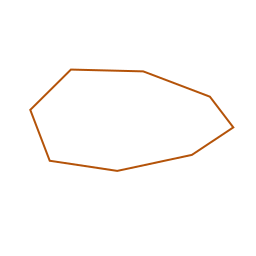 outline of Pitcairn Islands, rotated 292°
{"feature_id": "PCN", "entity_name": "Pitcairn Islands", "entity_type": "country or territory", "adm_level": 0, "iso_a3": "PCN", "parent_name": "Oceania", "parent_adm1": "", "projection": "orthographic", "projection_center": [-128.313, -24.368], "detail": "fine", "context": "isolated", "style": "outline", "palette": "amber", "viewbox_px": 256, "rotation_deg": 292, "n_neighbors": 0, "source": "natural_earth", "source_scale": "50m", "svg_char_len": 269}
<svg xmlns="http://www.w3.org/2000/svg" viewBox="0 0 256 256"><g transform="rotate(292 128 128)"><path d="M187.7,192.2L168.0,225.4L127.0,197.3L84.2,134.1L68.3,67.7L108.2,30.6L160.8,53.2L186.2,120.9L187.7,192.2Z" fill="none" stroke="#b45309" stroke-width="2"/></g></svg>